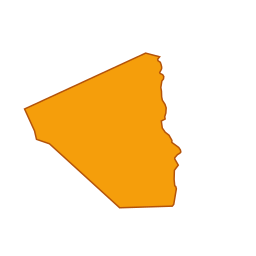 Stephens, Georgia, United States of America, rotated 45°
{"feature_id": "52423323B73153598603118", "entity_name": "Stephens", "entity_type": "district", "adm_level": 2, "iso_a3": "USA", "parent_name": "United States of America", "parent_adm1": "Georgia", "projection": "equal_earth", "projection_center": [-83.254, 34.574], "detail": "fine", "context": "isolated", "style": "filled", "palette": "amber", "viewbox_px": 256, "rotation_deg": 45, "n_neighbors": 0, "source": "geoboundaries", "source_scale": "gbopen_adm2", "svg_char_len": 774}
<svg xmlns="http://www.w3.org/2000/svg" viewBox="0 0 256 256"><g transform="rotate(45 128 128)"><path d="M71.3,200.7L83.6,194.7L178.5,190.3L214.6,151.9L214.3,149.6L205.2,136.8L203.1,135.6L201.9,135.8L196.9,131.7L190.7,125.1L189.8,118.7L183.1,116.9L182.1,116.0L181.8,111.9L182.3,109.8L182.5,108.6L182.3,107.6L180.6,106.5L177.7,105.9L169.2,107.2L167.8,105.7L162.1,104.1L157.3,104.7L152.3,103.8L146.6,99.5L147.9,95.4L146.0,94.1L144.2,90.7L140.8,86.8L137.4,85.1L132.7,84.1L129.8,82.2L125.6,78.3L122.6,76.2L118.7,70.8L118.4,68.2L116.9,66.3L114.8,65.8L112.1,66.7L111.2,66.4L110.1,62.9L109.7,62.1L108.7,61.1L106.8,59.9L104.4,58.7L101.5,59.2L100.3,58.3L100.2,57.1L100.0,55.3L87.5,62.6L41.4,187.7L63.9,196.1L71.3,200.7Z" fill="#f59e0b" stroke="#b45309" stroke-width="1.5"/></g></svg>